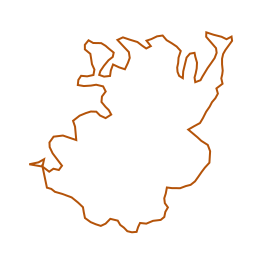 outline of Boa Vista do Buricá, Rio Grande do Sul, Brazil, rotated 96°
{"feature_id": "56859067B45095421643767", "entity_name": "Boa Vista do Buricá", "entity_type": "district", "adm_level": 2, "iso_a3": "BRA", "parent_name": "Brazil", "parent_adm1": "Rio Grande do Sul", "projection": "natural_earth1", "projection_center": [-54.117, -27.681], "detail": "fine", "context": "isolated", "style": "outline", "palette": "amber", "viewbox_px": 256, "rotation_deg": 96, "n_neighbors": 0, "source": "geoboundaries", "source_scale": "gbopen_adm2", "svg_char_len": 2135}
<svg xmlns="http://www.w3.org/2000/svg" viewBox="0 0 256 256"><g transform="rotate(96 128 128)"><path d="M175.3,209.0L195.8,202.4L196.6,197.9L199.1,194.0L200.4,186.6L202.9,176.8L207.3,170.0L211.5,164.5L216.3,163.2L222.0,161.4L225.5,155.3L227.1,150.0L228.2,144.8L225.5,140.3L220.2,136.1L221.2,128.5L225.2,125.6L227.5,121.7L230.7,117.9L231.3,113.2L230.4,108.6L225.5,107.6L221.2,106.1L221.2,99.8L217.7,93.4L216.0,85.9L212.7,82.6L207.5,82.1L202.8,80.0L198.9,83.5L194.1,84.6L189.3,83.6L183.1,83.1L183.2,78.0L182.4,69.8L179.7,64.4L178.0,59.8L174.1,55.8L168.8,52.8L164.2,50.3L159.4,47.4L154.0,43.4L142.5,43.9L136.5,46.9L133.1,53.8L130.0,57.9L123.3,67.9L119.5,62.7L115.5,56.9L110.3,54.5L103.7,52.0L98.2,49.0L93.6,47.2L89.2,44.2L84.4,42.2L79.4,44.2L74.1,38.6L68.9,40.4L65.0,39.9L61.1,39.8L54.9,41.1L49.3,41.7L44.4,41.1L40.3,39.3L35.1,36.3L30.4,33.6L26.3,34.6L29.4,39.3L27.5,44.5L26.3,52.7L24.7,60.1L29.1,59.8L34.8,53.7L39.4,48.8L44.0,47.7L49.5,49.2L55.5,52.5L60.1,55.1L65.0,57.4L69.0,59.3L72.9,60.9L75.4,65.9L70.8,67.1L66.8,66.4L61.6,65.9L55.8,66.2L50.1,68.5L46.3,69.7L47.6,74.2L51.8,77.1L58.3,78.0L65.9,79.0L72.7,78.7L70.8,82.6L67.0,84.6L62.7,85.4L58.2,84.9L52.8,85.1L45.9,83.6L41.9,88.1L39.1,93.4L36.6,98.8L32.4,103.2L33.8,108.7L37.1,114.0L39.2,118.7L44.2,113.9L47.0,118.2L44.7,122.4L41.5,127.6L39.9,135.8L38.4,142.5L41.5,147.7L47.6,140.7L52.4,135.1L58.1,133.6L63.3,134.9L69.9,137.2L68.6,143.2L66.4,149.5L72.6,151.1L78.1,151.3L79.4,157.2L78.2,162.2L74.2,161.4L68.6,158.4L62.7,154.5L58.9,150.6L54.5,150.1L51.1,155.3L48.6,158.9L46.4,163.5L47.1,171.5L44.9,176.4L49.8,179.6L54.3,179.1L58.2,173.2L64.1,171.6L68.3,170.5L73.4,167.5L78.9,167.9L80.9,174.0L81.0,180.1L85.4,182.4L90.5,182.4L90.9,176.3L89.7,169.3L88.3,164.2L89.2,157.1L94.0,154.0L99.4,157.2L104.9,157.1L109.3,152.6L112.2,149.0L116.4,146.1L120.5,151.3L118.5,157.1L115.1,161.2L115.5,166.7L117.6,171.5L120.8,177.4L126.6,183.4L132.2,180.8L145.4,178.2L142.3,191.9L144.4,201.1L150.6,204.6L155.2,203.9L161.1,200.3L172.4,189.7L177.0,192.4L176.3,197.9L179.7,201.8L175.3,209.0ZM175.3,209.0L167.8,208.2L171.5,213.4L174.4,222.4L175.3,209.0Z" fill="none" stroke="#b45309" stroke-width="2"/></g></svg>